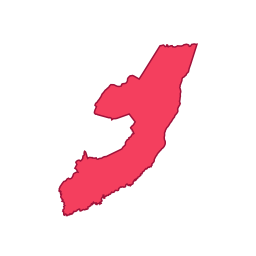 Tuntum, Maranhão, Brazil, rotated 212°
{"feature_id": "56859067B40556057821371", "entity_name": "Tuntum", "entity_type": "district", "adm_level": 2, "iso_a3": "BRA", "parent_name": "Brazil", "parent_adm1": "Maranhão", "projection": "equal_earth", "projection_center": [-44.727, -5.601], "detail": "fine", "context": "isolated", "style": "filled", "palette": "rose", "viewbox_px": 256, "rotation_deg": 212, "n_neighbors": 0, "source": "geoboundaries", "source_scale": "gbopen_adm2", "svg_char_len": 5811}
<svg xmlns="http://www.w3.org/2000/svg" viewBox="0 0 256 256"><g transform="rotate(212 128 128)"><path d="M112.7,56.5L111.1,55.7L110.7,56.3L111.2,56.6L111.0,58.1L110.5,58.5L110.4,59.4L109.9,59.9L109.5,60.0L108.9,60.6L109.1,61.4L108.0,62.5L107.9,63.2L107.9,64.1L107.8,65.0L107.1,65.0L105.9,66.2L105.8,67.6L105.7,68.3L105.2,68.7L103.7,69.4L103.2,70.1L103.4,71.2L103.8,71.7L103.5,72.5L103.2,73.5L102.8,74.3L102.3,74.3L101.1,75.5L100.2,75.6L99.2,76.6L99.2,77.5L99.6,78.3L99.5,79.3L99.2,79.9L98.7,80.0L97.5,79.4L97.1,79.6L96.9,80.3L96.4,80.8L96.0,80.3L95.5,80.1L94.9,82.3L94.4,82.9L94.3,83.5L95.0,84.9L94.9,85.9L95.0,87.6L94.7,88.1L94.5,87.5L94.1,87.2L93.8,87.7L93.6,89.1L93.7,90.1L93.2,90.7L93.5,91.5L92.7,92.8L92.3,94.3L92.2,95.0L92.8,95.3L92.7,96.3L92.0,96.6L92.1,97.4L92.4,98.3L91.6,100.0L91.7,101.0L91.5,102.2L91.3,103.0L90.8,102.9L90.3,103.7L90.3,104.4L90.3,105.0L89.8,105.7L89.2,105.8L88.7,107.1L87.9,107.4L88.1,108.3L88.0,109.3L88.7,110.1L88.2,112.8L88.3,113.8L89.1,115.4L89.4,118.9L89.2,119.9L89.4,121.3L89.3,121.9L89.2,123.3L89.0,123.9L89.0,124.6L88.8,125.5L88.5,126.5L88.4,128.1L87.9,129.4L87.7,130.5L87.6,131.4L87.8,133.4L88.1,134.3L88.5,135.1L89.5,136.5L90.7,137.2L91.7,138.4L92.4,139.3L92.9,140.8L93.6,142.0L94.5,143.3L94.6,144.6L94.9,145.4L95.1,146.2L95.3,149.0L95.0,149.8L94.8,151.6L94.9,154.5L94.6,156.7L94.7,157.4L94.7,159.9L94.4,161.9L94.8,163.1L94.8,163.9L94.5,165.5L94.4,166.6L94.4,167.4L94.5,168.4L95.4,169.8L95.8,170.2L96.1,170.7L96.4,172.8L96.4,175.1L96.7,176.4L97.3,176.6L97.6,177.3L98.6,178.0L98.7,178.8L99.0,179.6L99.3,180.0L99.6,180.8L100.0,181.4L100.2,182.3L101.9,184.9L102.2,186.1L102.7,187.1L104.5,188.9L105.3,189.4L105.7,189.9L105.7,190.6L106.6,192.1L106.6,192.9L107.4,196.7L108.2,198.3L108.4,199.4L108.1,200.1L107.6,201.0L107.3,201.7L107.3,202.6L106.8,203.5L106.9,204.4L107.1,205.1L106.5,207.6L107.7,211.0L108.7,215.4L113.9,235.6L114.6,235.0L115.3,234.7L115.9,234.6L116.8,234.0L117.5,233.2L118.1,232.9L118.3,232.2L118.4,230.6L118.8,230.1L119.3,229.7L119.8,230.0L120.3,230.5L121.2,230.5L123.0,229.9L123.5,229.3L124.7,228.2L125.0,227.2L125.8,226.3L126.2,225.6L127.5,225.1L128.0,224.6L129.4,224.1L129.8,223.3L130.8,221.8L131.7,221.1L132.6,220.9L133.1,220.6L133.7,220.8L134.2,221.2L134.9,220.7L135.6,220.0L135.8,219.5L136.2,219.1L136.7,218.8L136.9,218.2L137.7,218.1L137.5,218.7L138.5,219.3L139.1,219.0L138.8,217.8L139.2,217.0L139.7,216.7L141.8,217.2L142.9,216.2L143.2,215.6L143.8,215.3L144.4,214.7L144.4,182.1L144.5,175.4L145.4,175.4L150.3,175.2L151.9,175.0L152.6,174.4L153.3,173.6L153.7,173.5L154.0,172.9L154.5,170.7L154.4,169.5L153.5,167.8L153.4,167.1L153.3,166.0L153.6,164.9L154.1,164.2L155.5,163.1L156.2,162.4L156.5,161.6L156.1,160.9L156.0,160.1L157.1,158.8L158.8,157.8L160.1,157.5L162.9,157.2L165.5,155.7L165.9,154.0L165.9,152.3L166.5,150.7L166.9,148.9L167.3,148.2L167.4,147.1L167.6,144.8L167.9,143.6L167.9,142.7L167.5,140.2L167.6,139.0L167.6,136.9L167.8,135.7L167.9,134.1L167.8,133.4L168.3,132.4L168.4,131.3L168.3,130.7L168.0,129.7L166.1,129.4L165.7,127.3L165.5,125.7L164.9,123.7L164.5,123.0L163.0,122.5L161.8,123.1L160.8,123.2L152.5,125.7L150.1,126.4L149.3,126.7L149.0,127.2L148.6,127.4L146.9,127.4L146.6,126.9L146.1,126.4L145.3,128.2L143.8,129.1L142.6,130.2L134.4,140.5L125.1,137.0L125.2,135.1L125.0,134.1L125.3,132.7L125.7,131.7L125.8,130.8L126.0,129.7L125.4,129.2L124.7,128.9L123.9,129.0L123.3,128.5L122.9,127.9L122.3,128.0L121.6,127.6L121.0,126.8L120.2,126.7L120.2,126.0L120.8,125.7L121.1,125.1L121.0,124.5L121.1,123.5L120.9,122.4L121.2,121.5L121.6,121.0L122.1,120.2L121.4,119.4L121.8,118.6L122.4,117.5L122.5,114.5L121.4,112.5L121.4,111.7L121.6,110.9L121.9,110.1L122.1,109.3L122.1,107.7L122.2,106.8L131.5,92.0L132.1,91.8L133.0,90.9L133.8,89.7L134.3,88.5L134.7,87.9L135.3,87.7L135.8,87.3L136.5,86.5L136.8,85.7L137.2,85.4L138.1,85.3L138.6,85.3L139.2,85.8L140.4,84.6L141.1,84.4L141.7,83.8L142.3,83.9L142.9,83.9L143.4,83.3L144.1,83.2L145.1,82.6L145.6,82.0L146.0,80.9L148.1,82.3L148.5,82.9L149.7,83.9L150.5,84.5L151.0,85.0L151.9,85.3L152.5,85.3L152.4,84.6L151.8,83.2L150.8,82.3L151.3,80.5L151.1,79.9L150.3,78.2L150.3,76.5L150.5,75.5L151.0,74.7L151.7,75.0L152.5,74.8L153.2,74.1L153.6,73.5L154.0,72.5L154.1,71.7L154.0,71.2L153.4,70.9L152.9,70.5L152.0,70.0L151.7,65.7L150.5,65.7L149.5,65.4L147.1,64.0L147.8,63.7L148.4,63.0L149.1,61.9L149.8,60.4L149.7,59.4L149.3,58.1L149.2,55.7L149.5,55.1L150.0,54.4L150.5,54.0L151.0,53.7L151.8,53.9L152.5,52.8L152.7,51.9L152.6,51.1L152.9,50.2L153.3,49.4L154.1,48.6L154.4,45.6L154.4,43.6L154.5,42.9L154.5,42.2L154.1,41.0L154.2,40.3L153.7,39.5L153.2,38.2L152.7,37.8L151.6,37.9L151.8,38.6L151.3,38.6L151.0,37.9L150.8,37.2L150.4,36.5L149.9,36.1L149.3,36.5L148.7,34.2L148.1,33.6L147.3,33.3L146.7,33.2L146.3,32.9L145.9,32.3L145.2,32.6L144.8,32.1L145.0,30.9L143.8,31.2L143.3,31.1L142.6,30.9L142.2,30.5L142.0,29.5L141.3,28.9L140.5,28.7L140.9,27.3L139.9,26.6L139.4,25.8L139.5,25.1L139.8,24.5L139.4,23.9L139.3,22.9L138.8,22.8L138.2,22.8L137.6,21.9L137.2,21.5L136.5,20.4L135.5,20.5L135.9,21.3L135.3,22.0L134.6,22.0L134.1,21.5L133.3,21.3L133.0,22.3L131.9,23.0L131.9,24.0L131.6,24.5L130.8,24.4L130.6,25.3L130.0,25.3L129.7,26.1L129.7,27.7L129.6,28.7L129.0,28.8L127.7,30.3L127.5,31.0L127.6,31.7L126.8,32.6L126.5,33.4L125.9,33.5L125.1,32.6L124.6,32.3L123.8,33.1L122.9,34.9L122.3,35.4L121.3,35.7L120.9,36.3L120.6,37.1L120.0,37.1L119.5,37.8L119.2,38.4L120.1,39.8L119.0,41.0L118.9,41.8L118.5,42.2L118.4,43.1L118.7,43.5L118.8,44.3L118.4,45.0L117.7,44.5L117.5,45.5L117.9,46.7L116.7,46.6L116.1,46.9L115.3,47.6L115.0,47.3L115.2,46.4L114.5,46.3L113.8,46.7L114.1,47.4L113.5,48.0L112.5,48.6L112.5,49.4L112.0,49.1L111.5,48.6L111.3,49.3L110.8,49.9L111.9,50.6L111.8,51.3L111.4,52.3L111.8,52.9L112.5,52.9L113.0,53.7L113.1,55.1L113.0,56.1L112.7,56.5ZM112.7,56.5L113.1,57.2L113.5,57.8L113.0,58.2L112.3,57.2L112.7,56.5Z" fill="#f43f5e" stroke="#9f1239" stroke-width="1.5"/></g></svg>